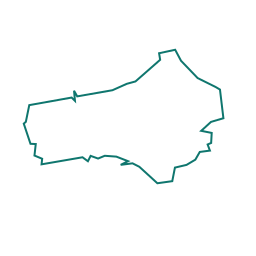 the district of Marshall, Tennessee, United States of America, rotated 254°
{"feature_id": "52423323B88025454001467", "entity_name": "Marshall", "entity_type": "district", "adm_level": 2, "iso_a3": "USA", "parent_name": "United States of America", "parent_adm1": "Tennessee", "projection": "natural_earth1", "projection_center": [-86.784, 35.481], "detail": "fine", "context": "isolated", "style": "outline", "palette": "teal", "viewbox_px": 256, "rotation_deg": 254, "n_neighbors": 0, "source": "geoboundaries", "source_scale": "gbopen_adm2", "svg_char_len": 687}
<svg xmlns="http://www.w3.org/2000/svg" viewBox="0 0 256 256"><g transform="rotate(254 128 128)"><path d="M127.3,30.5L122.1,37.0L116.9,34.9L112.4,76.2L107.1,80.3L111.5,84.4L106.9,90.8L107.7,98.0L103.7,108.9L96.1,118.9L94.6,110.8L92.8,122.6L87.6,128.2L66.8,141.0L64.7,155.9L77.0,162.2L76.4,174.1L79.0,184.0L85.2,190.4L83.7,200.5L90.2,200.0L90.7,203.8L100.2,207.1L105.1,197.6L111.0,209.5L111.1,222.4L139.6,227.0L143.2,223.6L156.8,208.7L178.0,197.5L190.2,194.9L191.3,178.5L184.7,177.7L170.7,148.0L170.8,139.0L168.6,123.5L172.4,87.9L178.7,86.4L168.7,84.5L172.8,82.2L177.2,39.4L162.1,31.5L160.9,29.0L139.7,29.9L138.0,34.9L127.3,30.5Z" fill="none" stroke="#0f766e" stroke-width="2"/></g></svg>